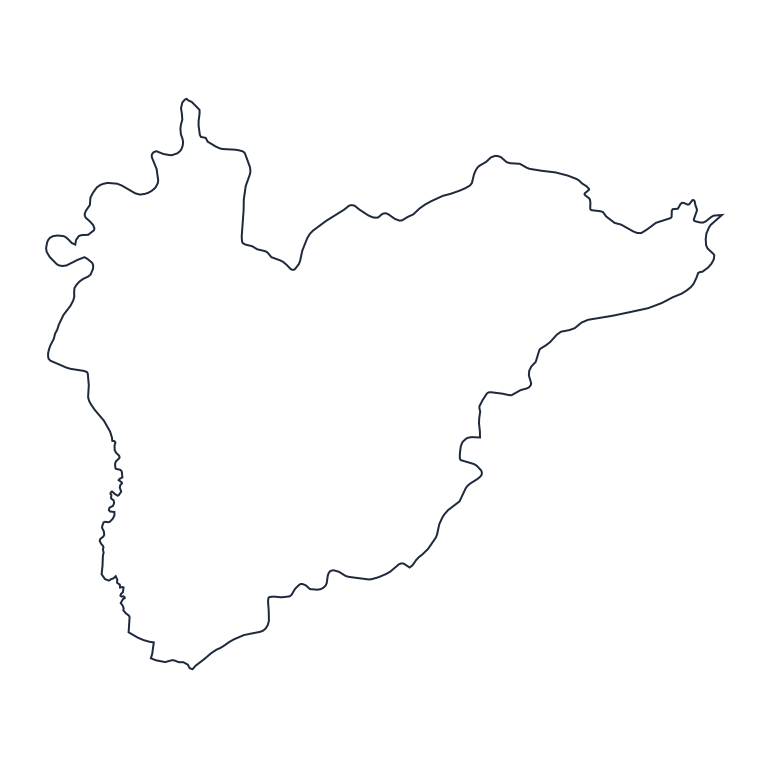 the district of Wiang Chiang Rung, Chiang Rai, Thailand
{"feature_id": "78962969B94176504634652", "entity_name": "Wiang Chiang Rung", "entity_type": "district", "adm_level": 2, "iso_a3": "THA", "parent_name": "Thailand", "parent_adm1": "Chiang Rai", "projection": "mercator", "projection_center": [100.013, 20.012], "detail": "fine", "context": "isolated", "style": "outline", "palette": "slate", "viewbox_px": 768, "rotation_deg": 0, "n_neighbors": 0, "source": "geoboundaries", "source_scale": "gbopen_adm2", "svg_char_len": 6053}
<svg xmlns="http://www.w3.org/2000/svg" viewBox="0 0 768 768"><path d="M721.9,215.0L713.8,215.6L711.2,217.0L706.0,221.2L703.0,222.6L699.7,222.4L694.7,221.1L694.0,220.4L693.8,219.4L696.8,210.9L696.9,209.2L695.4,205.1L694.6,201.2L693.8,200.2L692.6,200.0L689.1,204.4L687.7,204.6L684.3,203.1L682.0,202.8L680.4,204.2L677.9,208.7L672.6,209.2L671.8,210.8L671.6,216.9L670.6,218.1L656.0,222.8L646.7,229.7L641.2,233.1L637.2,233.0L633.2,231.4L621.1,224.6L614.6,222.9L606.2,216.5L602.9,212.0L600.1,211.2L591.6,210.2L590.6,209.7L590.2,208.3L590.4,202.4L589.9,199.5L589.1,198.3L585.2,195.3L584.5,194.2L584.8,193.3L589.0,189.8L588.9,188.8L586.6,186.3L582.1,183.5L578.8,180.3L576.3,178.9L567.8,175.6L555.4,172.4L541.8,170.8L529.4,168.8L526.5,167.6L519.8,163.8L510.1,163.2L506.7,162.2L500.7,157.0L497.5,156.0L495.0,155.9L490.9,157.4L486.0,162.0L479.5,165.7L477.6,167.4L475.5,170.7L474.0,174.4L471.9,183.0L470.0,185.5L465.3,188.2L459.5,190.7L450.7,193.8L442.7,195.9L431.2,201.2L425.3,204.4L419.5,208.5L413.4,214.3L408.0,216.8L402.0,220.4L399.3,220.6L394.7,218.8L388.2,214.2L385.6,213.2L382.5,213.8L378.1,217.5L376.0,217.7L372.9,217.4L368.3,215.4L359.3,209.5L354.6,205.7L351.8,205.1L349.2,205.6L343.9,209.8L326.4,220.7L312.9,230.7L309.8,233.9L307.1,238.5L302.3,250.6L300.1,260.8L299.0,263.9L294.9,269.2L293.6,269.8L291.9,269.7L290.6,269.0L286.5,264.7L283.0,261.8L280.0,260.3L271.4,257.2L267.8,252.8L266.2,251.7L264.9,251.1L257.3,249.3L252.1,246.2L245.5,244.6L242.8,243.2L242.0,241.2L241.7,236.5L243.6,210.4L243.8,199.4L245.7,186.1L249.9,174.3L250.4,171.5L250.1,167.6L245.2,154.1L244.5,152.7L242.7,151.3L238.9,150.3L235.3,149.7L222.2,149.0L219.3,148.2L215.5,146.4L207.7,141.7L205.7,137.9L200.9,136.9L199.8,134.7L198.6,125.6L198.6,120.9L199.6,113.3L199.5,109.8L191.7,101.9L188.3,100.4L186.5,98.8L184.6,99.8L182.3,102.6L181.0,108.3L181.9,113.8L182.3,119.6L180.9,124.9L180.4,128.7L180.9,134.2L182.6,139.1L183.1,142.5L182.7,145.7L181.3,149.4L180.0,151.1L177.4,153.3L172.1,155.1L169.7,155.1L163.4,154.0L156.4,151.2L153.6,152.2L151.9,154.3L151.7,156.0L152.0,157.7L156.6,169.0L158.2,180.5L157.8,183.2L155.3,187.8L151.5,191.0L148.2,192.8L144.9,193.9L139.9,194.6L135.2,193.3L121.7,185.5L117.1,183.7L107.6,182.9L103.0,183.9L100.3,185.0L96.8,187.4L93.0,192.7L90.4,197.7L89.9,204.9L85.9,210.8L84.7,213.8L84.8,215.7L85.7,217.7L90.1,221.6L93.1,225.0L94.4,228.3L94.0,230.2L88.2,234.8L81.5,235.1L78.9,236.0L76.0,240.0L75.3,244.6L71.9,243.1L67.9,239.0L65.5,237.0L63.5,236.1L57.3,235.5L52.9,236.2L49.9,237.8L48.0,240.3L47.1,242.5L46.1,248.1L46.6,251.7L49.7,257.0L56.6,264.0L58.6,265.3L62.2,266.0L66.4,265.5L77.7,259.8L84.5,257.2L87.3,258.8L91.8,262.5L92.5,263.5L93.2,265.4L93.0,268.9L90.5,274.7L87.9,276.7L83.1,278.9L79.4,281.6L76.5,284.8L74.5,288.0L74.1,292.2L74.3,296.6L73.2,300.6L70.4,305.9L63.5,314.9L58.8,324.7L57.2,329.8L55.1,333.6L53.8,338.8L50.4,345.4L49.0,349.3L48.1,353.3L48.1,356.4L48.6,358.8L50.4,360.7L66.4,367.6L70.4,368.8L84.4,371.0L87.2,372.3L87.8,373.8L88.8,385.3L88.1,397.1L89.1,400.8L90.7,404.0L94.6,409.7L104.0,420.8L110.1,431.6L112.0,437.8L112.3,440.9L114.5,441.2L115.4,442.7L114.5,445.8L114.7,450.0L116.1,452.8L119.1,455.7L119.6,457.4L119.1,458.4L115.9,461.4L115.1,463.7L115.1,465.2L115.4,467.9L115.9,468.8L120.2,469.8L121.3,470.7L121.8,471.9L122.4,477.4L119.6,478.9L118.7,480.1L121.4,482.1L122.0,483.0L121.8,483.6L120.3,485.1L119.8,487.6L121.2,491.6L118.8,495.1L117.8,495.7L114.9,494.1L112.1,491.5L111.5,491.6L110.9,492.4L110.4,493.8L111.4,495.1L111.0,498.0L111.6,498.9L113.6,500.3L114.1,503.2L112.9,506.0L110.3,507.2L109.3,508.1L108.9,510.1L110.0,511.5L114.4,512.0L114.4,515.6L112.6,518.9L109.8,521.8L108.6,522.2L104.9,521.8L103.6,522.4L102.2,526.1L102.1,527.9L103.9,531.6L104.2,534.8L103.3,536.6L100.4,538.8L99.7,540.9L101.1,543.7L103.0,546.0L103.5,547.3L102.9,549.3L103.6,552.6L102.9,555.8L102.5,565.8L101.6,574.3L105.0,579.1L108.6,580.5L109.8,580.2L110.9,579.2L113.4,578.4L115.7,576.2L117.3,579.8L117.0,581.8L117.3,583.0L119.8,584.6L120.1,587.6L122.4,587.0L123.6,587.5L122.8,592.4L121.0,593.9L120.4,595.7L121.6,596.6L123.5,596.3L124.6,597.2L124.8,598.0L122.9,599.2L120.7,603.1L122.5,605.3L123.7,608.2L123.3,610.2L125.6,613.1L128.9,615.6L129.6,617.1L128.6,632.3L137.9,637.7L143.6,640.1L149.5,641.8L153.8,642.4L152.2,653.9L150.9,658.3L156.0,660.3L165.2,662.1L172.3,660.1L175.1,660.7L178.8,662.2L183.3,662.2L187.9,664.7L189.2,667.4L190.1,668.4L192.6,669.2L195.5,665.8L204.0,659.3L211.0,653.3L216.4,649.7L220.3,648.0L223.4,646.1L229.1,642.1L233.8,639.4L244.1,635.0L260.2,631.8L263.0,630.7L265.4,628.8L267.7,625.2L268.9,621.0L268.7,610.3L268.0,601.5L268.5,597.8L269.5,597.0L273.6,596.6L281.7,597.3L289.5,596.4L291.5,594.9L295.1,588.8L299.2,584.8L300.7,584.0L302.4,584.0L305.7,585.3L310.0,589.1L317.5,589.7L320.5,589.2L323.0,588.0L325.6,585.6L326.7,583.2L327.7,576.0L328.6,573.2L330.0,571.3L332.2,570.4L333.7,570.3L339.0,571.8L345.7,576.0L348.9,576.9L369.1,579.5L372.0,579.1L378.6,577.2L385.9,574.1L390.3,571.6L398.9,564.3L401.0,563.4L403.7,563.6L409.6,567.5L412.6,565.2L416.1,560.1L418.9,557.1L422.2,554.6L428.0,549.0L435.9,537.5L437.0,534.7L439.3,524.1L442.6,517.0L444.4,514.3L448.1,510.1L459.5,501.4L465.7,488.3L467.3,486.0L470.4,483.4L477.3,479.1L480.1,476.8L481.6,474.9L481.9,472.6L481.2,470.5L476.7,465.7L473.8,464.0L460.7,460.1L459.8,458.3L459.9,453.3L460.8,446.3L461.6,444.2L462.7,441.8L466.0,438.8L467.5,437.9L471.4,437.1L480.0,437.5L479.9,431.3L479.0,423.5L479.2,418.3L480.2,411.6L479.4,408.3L479.4,406.3L482.6,400.1L486.9,393.5L488.6,392.4L490.8,392.2L502.6,393.7L508.9,395.1L511.6,395.2L520.6,390.1L526.6,388.5L529.1,387.3L530.9,384.9L531.1,382.9L528.9,375.6L529.2,370.8L531.4,366.4L535.7,361.9L539.4,350.0L540.1,348.9L546.2,345.1L550.1,342.1L556.9,334.6L561.0,331.7L569.3,330.1L574.7,328.2L581.3,322.7L588.0,319.8L613.4,315.6L648.1,308.2L661.8,303.0L672.9,297.2L681.5,293.7L686.2,290.8L690.8,287.2L693.6,283.8L696.5,277.6L698.2,272.9L699.9,272.1L702.3,271.8L708.0,267.6L711.3,263.9L713.7,259.6L714.3,255.6L713.7,254.2L707.6,248.5L706.1,245.3L705.7,239.2L706.4,233.5L708.9,227.6L710.7,224.9L721.9,215.0Z" fill="none" stroke="#1e293b" stroke-width="2"/></svg>